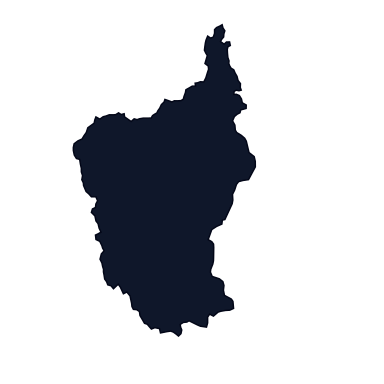 Catarina, Ceará, Brazil (Robinson projection), rotated 144°
{"feature_id": "56859067B12131034549764", "entity_name": "Catarina", "entity_type": "district", "adm_level": 2, "iso_a3": "BRA", "parent_name": "Brazil", "parent_adm1": "Ceará", "projection": "robinson", "projection_center": [-39.929, -6.241], "detail": "fine", "context": "isolated", "style": "filled", "palette": "ink", "viewbox_px": 384, "rotation_deg": 144, "n_neighbors": 0, "source": "geoboundaries", "source_scale": "gbopen_adm2", "svg_char_len": 2996}
<svg xmlns="http://www.w3.org/2000/svg" viewBox="0 0 384 384"><g transform="rotate(144 192 192)"><path d="M226.8,73.4L223.2,79.4L223.1,82.2L226.5,89.3L224.3,94.1L221.1,97.6L219.7,101.4L220.9,105.7L225.3,111.8L224.2,116.4L222.2,118.5L217.5,121.5L215.1,123.7L213.3,126.0L207.0,134.4L205.2,137.2L205.2,140.2L206.9,144.0L198.1,150.0L192.3,149.7L186.7,148.5L184.0,151.4L181.6,150.4L166.4,158.9L163.7,161.5L160.6,166.3L156.4,168.5L151.6,172.0L148.2,173.0L144.0,171.4L139.0,168.8L131.8,172.3L126.0,175.1L122.8,179.6L120.9,184.1L122.7,190.4L118.2,201.2L117.8,204.5L118.8,208.8L120.9,213.9L120.6,216.6L118.0,220.9L117.4,225.7L113.4,228.1L109.7,228.4L106.6,227.9L104.3,229.8L101.8,228.8L99.1,227.8L97.0,230.5L98.9,234.6L97.3,238.2L97.0,242.2L98.7,245.0L100.8,246.3L98.8,248.7L96.3,248.3L94.5,246.3L92.3,245.5L91.5,248.2L89.1,251.2L89.2,255.2L87.6,259.1L87.2,262.9L86.4,266.4L87.6,269.1L87.4,271.8L86.7,274.4L85.0,276.3L83.9,279.8L81.7,283.5L79.6,286.7L77.5,288.4L74.9,288.0L73.4,291.3L76.0,293.1L79.1,292.7L80.5,297.0L78.2,298.1L75.3,298.8L73.3,301.2L70.7,303.1L70.5,306.6L69.3,309.6L72.1,309.9L75.5,310.6L78.3,310.1L80.5,307.1L83.7,304.8L86.5,305.6L87.7,308.9L91.4,306.6L93.6,304.7L96.1,302.1L98.6,299.4L99.2,296.1L99.4,293.4L106.0,288.3L104.8,284.4L106.4,281.6L109.3,279.5L113.7,276.2L117.8,274.1L120.5,276.3L123.2,277.0L125.5,278.2L126.9,275.6L129.6,277.5L132.7,277.8L136.8,278.3L139.0,276.2L142.3,274.0L144.5,272.2L147.2,272.4L149.7,274.0L152.7,276.2L155.3,276.6L157.4,279.8L159.5,282.8L161.7,281.2L165.4,280.7L168.8,278.8L171.8,277.8L174.0,276.6L176.6,276.9L179.0,277.0L181.6,275.8L184.0,277.5L188.0,280.4L191.4,282.1L193.9,282.8L195.8,285.2L199.8,284.8L202.4,292.4L200.9,295.2L203.8,296.3L204.9,299.2L208.2,299.4L210.5,300.8L213.6,303.1L216.9,304.0L219.6,305.1L223.7,305.1L225.6,309.2L228.2,307.5L230.7,305.2L234.7,305.2L238.5,305.2L242.5,302.3L246.3,301.0L249.8,299.5L254.2,300.4L259.0,300.3L261.9,297.7L263.6,295.3L265.5,291.1L265.8,287.0L263.7,284.4L266.0,279.9L267.6,276.2L269.7,273.3L270.9,269.6L273.9,266.7L274.5,263.3L275.9,261.0L277.4,254.6L276.6,251.3L276.2,247.3L272.6,244.6L273.5,240.4L276.8,238.8L279.2,236.2L282.5,236.8L285.4,234.6L284.6,229.7L286.7,225.0L286.6,221.6L288.4,217.3L289.2,213.0L292.3,213.3L295.4,213.9L297.6,210.0L295.6,206.3L296.4,201.6L297.3,199.1L297.6,196.1L301.7,195.2L305.9,191.7L306.6,187.5L308.1,184.2L309.0,181.5L310.6,179.4L311.9,176.6L313.8,172.9L313.8,169.6L314.7,166.4L312.6,163.7L312.4,159.9L305.9,160.8L305.9,157.1L307.3,150.0L303.5,149.4L303.2,144.3L304.4,141.7L306.2,137.6L307.9,134.6L308.4,131.5L305.9,129.3L304.8,126.2L306.7,122.6L307.2,117.2L307.6,113.7L305.9,111.3L305.7,108.2L305.4,105.0L301.8,104.1L298.6,100.6L300.3,96.5L294.4,93.8L291.0,92.0L289.4,89.6L288.3,86.2L287.6,83.4L284.2,83.9L281.4,86.4L280.7,89.2L279.4,91.8L275.7,91.6L272.6,89.8L270.1,89.6L265.8,81.4L264.1,78.5L259.7,74.2L256.3,76.9L252.9,81.6L249.5,82.8L247.6,79.0L241.5,79.5L238.8,78.6L234.5,76.5L230.9,74.2L226.8,73.4Z" fill="#0f172a" stroke="#020617" stroke-width="1.5"/></g></svg>